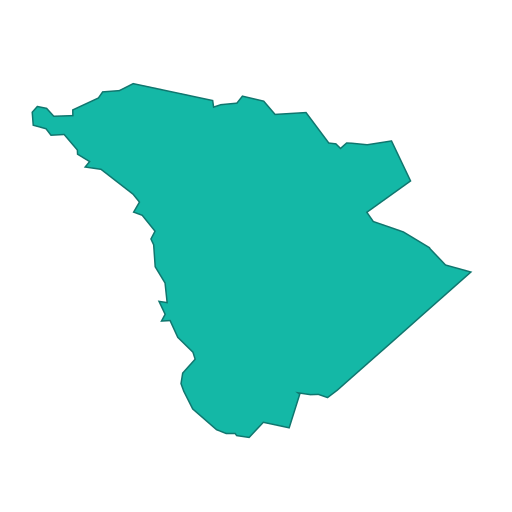 Florence, South Carolina, United States of America (Mercator projection), rotated 176°
{"feature_id": "52423323B42496570047924", "entity_name": "Florence", "entity_type": "district", "adm_level": 2, "iso_a3": "USA", "parent_name": "United States of America", "parent_adm1": "South Carolina", "projection": "mercator", "projection_center": [-79.642, 34.04], "detail": "fine", "context": "isolated", "style": "filled", "palette": "teal", "viewbox_px": 512, "rotation_deg": 176, "n_neighbors": 0, "source": "geoboundaries", "source_scale": "gbopen_adm2", "svg_char_len": 1152}
<svg xmlns="http://www.w3.org/2000/svg" viewBox="0 0 512 512"><g transform="rotate(176 256 256)"><path d="M289.2,80.4L287.8,78.2L275.5,75.5L260.3,89.6L234.9,82.3L222.0,115.1L223.7,116.6L211.4,113.9L203.4,113.6L194.5,109.8L184.4,116.4L174.0,124.4L144.2,147.2L130.8,157.4L104.0,178.0L96.9,183.5L42.8,225.0L67.6,233.8L81.9,251.1L82.4,252.2L90.5,257.9L107.3,269.7L136.6,282.2L142.4,291.9L96.6,320.1L112.8,361.3L137.3,359.2L152.5,361.8L157.7,362.4L164.2,357.4L168.5,362.3L175.5,363.6L196.1,395.6L227.1,395.9L237.5,409.9L258.4,416.4L264.4,409.8L280.5,409.4L287.9,407.5L288.4,414.1L366.5,436.5L380.8,430.5L397.5,430.4L402.2,424.6L428.6,414.5L428.9,408.8L448.0,409.5L454.6,417.9L463.7,420.4L469.2,415.0L469.1,402.0L456.6,397.6L452.1,390.8L438.9,390.6L426.8,374.2L426.9,370.0L415.4,361.8L420.2,356.7L404.6,353.3L374.3,326.2L368.5,317.9L375.0,308.3L366.7,304.6L355.0,287.8L359.6,280.3L357.3,274.3L357.3,252.3L348.6,235.4L347.9,215.7L355.9,217.5L350.7,204.2L354.8,197.7L346.2,197.6L339.7,180.3L325.6,164.4L323.9,157.3L337.3,144.3L339.7,133.9L337.5,126.2L329.8,107.8L307.5,85.5L298.1,81.0L289.2,80.4Z" fill="#14b8a6" stroke="#0f766e" stroke-width="1.5"/></g></svg>